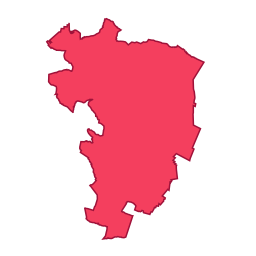 the district of Quecholac, Puebla, Mexico, rotated 268°
{"feature_id": "50627088B94790065946513", "entity_name": "Quecholac", "entity_type": "district", "adm_level": 2, "iso_a3": "MEX", "parent_name": "Mexico", "parent_adm1": "Puebla", "projection": "albers", "projection_center": [-97.631, 18.95], "detail": "fine", "context": "isolated", "style": "filled", "palette": "rose", "viewbox_px": 256, "rotation_deg": 268, "n_neighbors": 0, "source": "geoboundaries", "source_scale": "gbopen_adm2", "svg_char_len": 5690}
<svg xmlns="http://www.w3.org/2000/svg" viewBox="0 0 256 256"><g transform="rotate(268 128 128)"><path d="M235.1,72.8L233.1,72.5L233.2,70.9L231.2,70.7L231.5,67.7L229.5,67.4L229.7,64.8L226.3,63.9L226.4,62.5L218.4,52.8L216.5,54.3L216.5,53.8L216.1,53.9L215.5,53.3L217.7,52.0L217.3,50.9L217.7,50.6L217.0,49.8L213.9,51.7L213.4,51.2L210.4,53.9L211.0,54.6L210.4,55.2L210.1,56.1L209.3,56.9L208.8,58.5L208.2,59.1L208.0,63.0L207.6,64.4L207.5,67.6L207.3,68.3L204.1,66.9L202.6,66.6L200.7,66.9L199.1,67.4L198.2,68.1L196.2,71.1L195.1,71.4L194.6,73.6L193.5,73.9L191.4,75.0L190.8,75.1L188.0,74.5L187.4,73.9L186.8,73.8L186.7,73.3L188.2,70.7L188.1,69.1L188.6,68.9L188.3,67.6L188.4,67.4L188.1,65.7L187.2,63.8L187.2,61.2L186.5,59.6L185.9,58.8L186.1,58.5L185.8,58.0L186.0,57.4L184.3,50.8L177.1,50.3L176.6,50.5L174.2,52.3L173.7,53.2L173.5,54.6L172.0,57.7L170.3,58.0L168.0,57.8L164.9,57.2L164.2,56.6L164.3,57.4L164.3,58.6L163.8,58.7L162.8,57.9L162.3,57.7L161.6,58.1L160.8,58.0L159.9,59.1L158.4,59.9L157.8,59.9L157.3,60.4L156.4,60.8L155.2,61.0L154.8,62.0L154.0,62.8L154.1,63.6L153.1,64.0L151.2,68.2L147.5,71.3L145.7,73.4L145.1,73.7L146.2,73.6L149.0,74.4L150.6,74.3L150.9,75.0L151.3,75.0L151.5,74.6L152.2,75.4L154.6,76.0L155.1,76.8L156.2,77.1L156.8,78.8L155.7,82.7L154.8,84.3L155.0,85.6L156.9,87.8L157.3,89.4L158.0,91.0L157.7,91.9L157.9,93.1L157.6,93.4L156.0,90.3L155.3,89.8L154.8,89.5L152.7,89.1L151.9,89.4L149.9,91.3L147.0,92.7L146.2,93.7L144.8,94.7L143.6,95.8L142.8,96.1L140.8,96.2L140.7,97.2L137.5,98.2L137.0,99.5L134.2,98.9L133.6,100.7L133.0,101.7L130.8,104.0L128.1,104.0L126.0,103.3L125.9,103.4L121.5,102.5L121.0,100.1L121.5,99.0L122.5,97.9L122.5,96.4L122.9,95.5L123.8,94.7L124.5,94.6L125.4,93.7L126.0,92.5L127.1,91.3L127.2,89.8L127.6,89.3L128.4,89.1L128.4,88.2L127.5,87.5L126.8,87.5L126.0,87.6L124.1,88.4L121.7,90.3L120.3,91.8L120.1,92.3L118.8,92.0L118.3,91.3L117.6,91.5L117.2,92.1L116.1,91.9L114.6,92.3L114.4,92.0L114.4,91.1L115.1,90.2L115.9,89.7L115.9,88.8L115.6,87.6L115.9,87.3L115.9,86.8L116.4,86.6L116.6,86.1L116.2,85.6L116.4,85.0L115.9,84.4L115.8,83.7L116.0,80.5L110.8,79.2L109.2,79.1L108.4,79.6L108.0,79.5L107.2,80.6L105.3,79.6L99.6,87.5L98.7,87.0L97.6,88.2L95.9,88.5L95.5,89.2L94.9,89.1L93.8,90.3L92.9,89.8L92.3,90.6L91.5,90.2L89.5,91.1L88.1,92.1L87.2,91.9L86.4,92.1L85.3,91.7L83.6,92.6L82.4,92.7L82.2,93.2L81.6,92.9L80.0,93.3L79.5,94.0L78.8,94.3L77.8,93.6L77.1,93.8L76.6,94.4L76.4,94.2L73.8,91.7L72.6,90.2L72.4,88.5L71.8,87.9L70.9,88.8L62.2,94.9L58.0,94.9L52.1,92.9L51.0,92.4L50.4,91.8L46.9,90.5L48.8,85.0L49.1,83.3L49.5,82.3L49.3,82.0L40.3,83.5L38.8,83.0L38.3,83.7L37.4,84.2L36.2,86.0L35.5,86.6L34.7,89.4L34.6,91.1L33.9,92.1L33.7,92.9L33.7,94.9L33.1,94.8L33.2,95.2L32.9,95.5L32.1,95.9L32.1,96.9L31.3,98.5L30.9,100.4L31.0,101.6L30.6,102.5L30.1,102.9L30.0,103.8L27.2,103.4L20.9,101.7L18.0,99.2L18.3,102.1L18.1,103.0L18.9,104.2L18.5,104.6L18.1,107.3L18.3,108.3L19.6,111.0L19.5,113.1L19.9,114.0L19.2,116.1L19.2,117.5L18.8,117.9L18.5,120.2L19.1,122.0L40.1,129.7L40.1,129.0L41.4,126.2L41.6,125.3L42.5,123.4L42.6,122.6L44.2,120.7L44.3,119.4L44.9,118.8L45.8,119.1L52.3,123.6L53.1,123.6L53.2,124.0L54.4,124.6L54.4,126.4L54.0,127.2L53.9,128.4L52.4,131.2L52.1,131.5L51.4,131.7L51.0,132.5L49.8,133.2L45.9,131.8L44.2,135.5L44.4,136.2L43.9,137.4L44.3,138.4L45.1,139.1L44.5,140.4L43.2,140.4L42.8,140.6L41.2,145.8L41.3,146.3L40.9,146.8L43.5,148.2L43.2,149.2L45.9,150.9L47.7,151.7L47.4,152.8L49.2,153.7L48.8,155.7L51.3,156.3L50.1,157.7L53.4,160.7L53.4,160.9L55.5,161.3L55.6,162.4L56.8,162.8L58.9,159.9L65.3,165.6L64.3,166.8L72.1,168.1L71.7,168.5L72.7,168.9L72.9,168.6L73.5,169.3L73.2,169.6L74.2,170.1L74.8,169.5L75.7,175.6L84.7,174.9L88.0,174.9L89.1,175.3L90.1,173.7L90.8,174.4L91.9,172.5L92.9,173.6L94.1,171.8L96.6,174.2L97.7,172.4L100.7,175.4L93.2,188.5L95.4,189.1L104.7,193.2L105.7,191.6L106.5,191.9L124.8,200.4L128.6,193.5L139.7,193.5L140.9,193.8L148.1,194.1L147.2,195.9L149.9,196.5L150.8,194.7L154.3,195.4L154.6,195.7L156.4,195.9L161.8,195.5L164.5,194.8L174.1,194.8L191.1,206.2L195.0,198.4L195.4,198.2L195.8,197.0L196.5,196.3L196.4,196.0L196.9,195.1L196.7,194.3L197.0,193.9L198.5,192.5L199.3,191.0L201.2,189.4L201.3,189.1L200.9,189.0L201.3,188.7L201.8,188.7L201.6,188.4L202.0,188.1L202.7,187.5L203.6,187.5L205.0,185.9L204.7,185.5L208.6,180.3L207.3,179.6L207.1,178.1L207.3,178.2L207.3,175.2L207.1,175.1L207.2,174.3L207.7,172.9L208.4,171.8L210.3,170.4L210.9,169.6L211.6,164.9L212.2,164.2L213.5,160.2L213.8,158.4L214.8,156.7L215.0,154.7L215.7,151.6L214.2,150.6L213.4,149.7L213.1,147.8L213.5,146.5L211.9,143.7L213.6,139.7L213.0,137.8L213.7,134.8L211.1,131.2L213.6,129.0L214.2,128.2L214.7,126.0L215.0,123.2L214.9,121.7L215.2,121.0L215.2,120.0L216.1,119.9L216.6,119.2L217.0,119.1L217.9,119.7L218.5,119.3L219.9,119.8L220.6,120.3L222.6,120.5L224.7,121.5L225.7,123.8L226.2,124.4L226.7,123.5L227.4,123.0L227.9,121.6L228.8,121.1L228.8,120.6L229.3,120.6L230.0,119.5L231.8,118.0L232.4,117.7L232.8,117.7L233.5,117.1L234.4,117.0L235.1,116.1L235.2,114.8L236.7,113.2L237.0,112.1L238.0,110.3L237.7,109.8L237.7,108.7L237.2,108.7L236.6,108.3L236.1,108.5L235.7,108.2L235.2,108.2L233.7,107.2L232.2,107.1L231.8,106.8L231.3,106.8L230.7,106.2L230.4,106.5L229.6,106.6L229.5,106.2L228.4,105.5L228.4,105.2L227.0,103.5L226.2,103.4L225.4,103.0L225.0,103.1L224.5,102.8L223.7,101.5L223.1,99.8L222.1,98.4L221.4,96.4L221.3,94.2L220.7,92.2L220.7,89.6L220.2,87.6L220.4,87.8L220.6,87.7L219.9,86.1L219.7,86.4L219.6,86.0L218.8,85.5L218.9,85.3L218.7,85.2L218.6,83.7L219.0,83.6L218.9,83.5L220.8,83.4L223.3,83.6L224.0,83.6L224.6,83.3L226.4,81.2L227.4,79.6L227.7,78.4L226.4,75.5L226.5,74.6L226.0,74.8L225.5,75.4L225.4,76.8L224.9,76.3L224.5,75.4L224.5,74.4L224.7,74.1L227.7,72.8L235.1,72.8Z" fill="#f43f5e" stroke="#9f1239" stroke-width="1.5"/></g></svg>